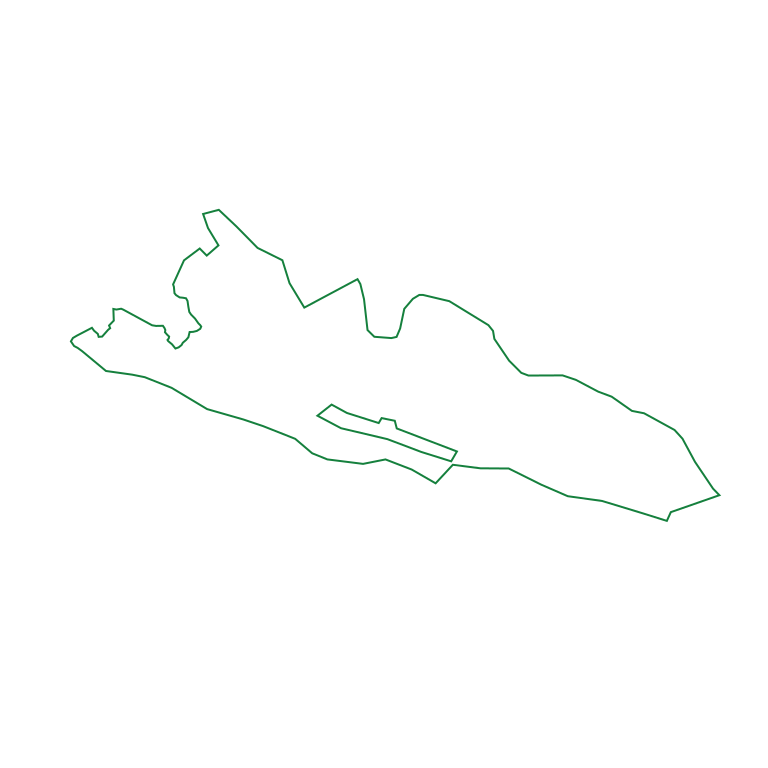 Kibray, Tashkent, Uzbekistan (orthographic projection), rotated 72°
{"feature_id": "79887680B41962593359700", "entity_name": "Kibray", "entity_type": "district", "adm_level": 2, "iso_a3": "UZB", "parent_name": "Uzbekistan", "parent_adm1": "Tashkent", "projection": "orthographic", "projection_center": [69.431, 41.454], "detail": "fine", "context": "isolated", "style": "outline", "palette": "green", "viewbox_px": 768, "rotation_deg": 72, "n_neighbors": 0, "source": "geoboundaries", "source_scale": "gbopen_adm2", "svg_char_len": 1809}
<svg xmlns="http://www.w3.org/2000/svg" viewBox="0 0 768 768"><g transform="rotate(72 384 384)"><path d="M259.4,661.0L285.7,644.4L297.3,620.6L303.6,609.4L322.0,587.2L353.2,560.0L374.3,528.7L386.7,512.0L408.7,485.4L427.7,473.7L438.2,461.2L453.5,428.6L456.2,405.9L473.9,384.1L494.4,365.6L482.1,343.5L494.0,318.3L502.9,291.5L528.3,265.6L547.5,243.9L562.6,212.8L587.0,177.8L601.6,157.3L594.5,150.8L593.4,99.4L585.2,103.4L554.1,112.3L531.7,116.4L528.3,117.0L517.5,121.9L492.2,145.7L486.2,156.5L466.4,171.4L457.5,182.6L439.3,200.3L431.0,211.5L420.6,244.0L415.8,250.0L400.5,257.8L375.2,265.1L367.2,263.9L360.3,266.5L325.4,296.3L311.4,319.3L310.2,322.9L311.9,330.2L318.8,341.5L336.2,351.5L343.1,357.5L342.6,362.8L336.1,378.6L327.6,383.0L297.2,376.8L281.6,375.6L276.1,376.8L286.7,436.2L258.9,442.7L234.9,442.4L215.5,462.2L188.5,475.7L167.3,487.3L166.4,503.5L181.3,503.2L201.0,498.6L207.1,512.9L198.2,517.4L204.6,536.0L224.1,553.8L226.7,553.8L232.9,555.2L235.2,554.3L238.5,551.6L239.8,548.6L241.3,545.8L244.3,545.2L250.1,546.2L255.3,546.9L258.4,546.0L263.4,543.5L268.9,541.8L271.2,540.6L272.9,540.1L274.7,541.7L275.7,545.6L275.4,549.5L274.5,552.8L279.1,555.6L280.9,558.5L282.6,562.6L284.4,564.5L285.7,568.0L285.8,571.4L280.8,573.3L276.5,576.0L275.2,576.3L274.2,574.7L272.5,573.7L270.1,575.0L267.1,576.3L265.1,575.3L262.9,575.5L260.3,576.3L259.2,580.0L258.3,582.9L256.5,586.4L232.7,609.0L231.2,610.7L230.5,615.5L229.0,618.2L240.2,621.4L243.4,627.4L246.3,627.2L247.2,629.6L251.8,637.4L251.0,640.8L247.9,640.7L243.7,643.3L240.3,644.4L243.1,661.1L244.1,665.6L246.7,668.6L252.1,667.0L255.0,664.2L259.4,661.0ZM460.1,369.6L437.5,397.8L412.8,438.5L393.6,457.1L387.4,440.2L400.1,428.2L419.5,401.1L415.7,396.8L422.3,385.1L430.2,385.6L470.7,335.5L478.3,344.0L460.1,369.6Z" fill="none" stroke="#15803d" stroke-width="2"/></g></svg>